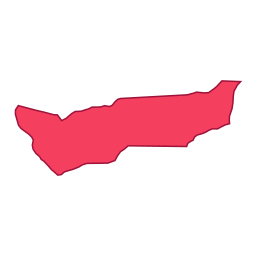 Américo Brasiliense, São Paulo, Brazil
{"feature_id": "56859067B22191698806388", "entity_name": "Américo Brasiliense", "entity_type": "district", "adm_level": 2, "iso_a3": "BRA", "parent_name": "Brazil", "parent_adm1": "São Paulo", "projection": "albers", "projection_center": [-48.034, -21.724], "detail": "fine", "context": "isolated", "style": "filled", "palette": "rose", "viewbox_px": 256, "rotation_deg": 0, "n_neighbors": 0, "source": "geoboundaries", "source_scale": "gbopen_adm2", "svg_char_len": 1119}
<svg xmlns="http://www.w3.org/2000/svg" viewBox="0 0 256 256"><path d="M240.6,81.6L221.9,80.9L216.7,86.5L214.2,88.6L208.7,92.6L204.5,92.9L200.9,92.6L196.5,92.1L193.9,93.1L190.5,93.9L187.8,94.8L120.5,98.5L117.8,99.3L115.0,101.8L112.3,105.2L109.7,106.5L104.5,105.7L100.9,106.9L96.0,107.1L92.1,107.1L88.6,108.9L84.7,110.0L81.3,111.2L75.2,111.5L71.8,113.5L66.2,118.3L61.7,120.6L57.3,114.8L54.0,114.8L44.2,112.2L35.6,110.2L18.3,105.6L15.5,109.9L15.4,114.2L18.5,125.2L21.0,128.4L23.5,130.3L28.6,134.0L31.7,137.0L33.3,140.1L32.3,145.1L33.1,149.2L36.0,153.5L39.7,156.7L41.2,159.4L43.7,161.0L47.3,164.8L49.7,167.5L51.5,169.7L53.8,171.5L57.7,175.1L61.3,174.6L64.4,171.9L68.2,170.7L73.1,169.3L78.8,167.0L82.2,164.9L86.9,163.4L100.7,163.2L107.9,163.1L115.0,160.5L117.8,155.3L120.6,151.6L124.1,149.3L128.2,145.8L186.6,146.5L187.9,143.2L190.6,141.4L193.1,140.2L194.5,137.1L197.0,135.1L202.6,133.5L205.7,132.2L208.3,130.6L212.4,128.8L217.5,128.9L221.7,126.6L225.4,124.8L229.6,123.7L229.3,120.2L229.5,116.1L232.0,108.8L232.9,102.9L233.3,96.0L234.0,91.2L237.4,85.0L240.6,81.6Z" fill="#f43f5e" stroke="#9f1239" stroke-width="1.5"/></svg>